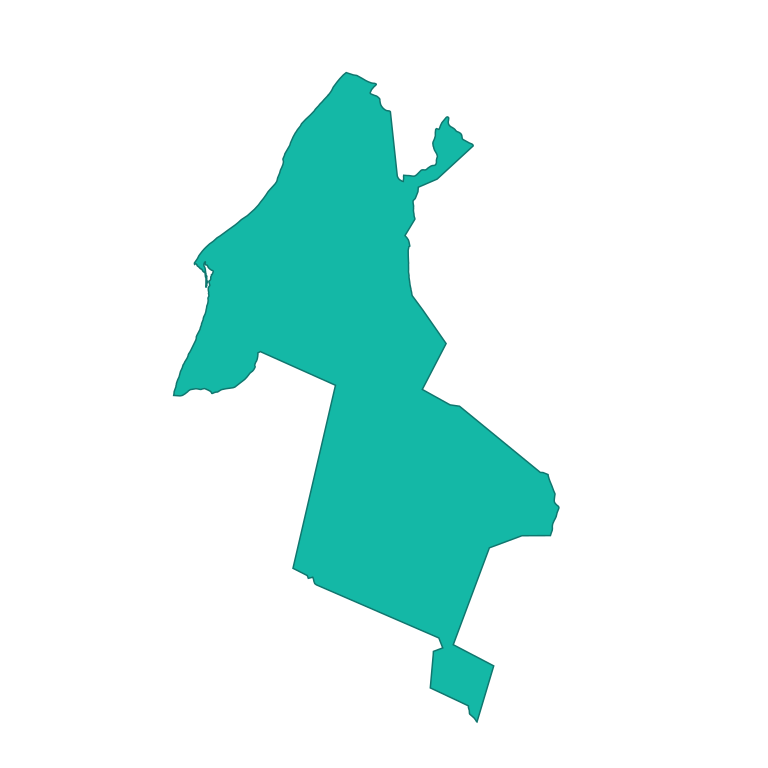 outline of Massinga, Inhambane, Mozambique, rotated 204°
{"feature_id": "85939544B96403406066950", "entity_name": "Massinga", "entity_type": "district", "adm_level": 2, "iso_a3": "MOZ", "parent_name": "Mozambique", "parent_adm1": "Inhambane", "projection": "natural_earth1", "projection_center": [35.191, -22.846], "detail": "fine", "context": "isolated", "style": "filled", "palette": "teal", "viewbox_px": 768, "rotation_deg": 204, "n_neighbors": 0, "source": "geoboundaries", "source_scale": "gbopen_adm2", "svg_char_len": 6111}
<svg xmlns="http://www.w3.org/2000/svg" viewBox="0 0 768 768"><g transform="rotate(204 384 384)"><path d="M378.7,467.4L394.2,476.2L395.4,477.8L395.5,478.1L396.3,479.3L397.5,480.8L398.4,482.3L398.7,482.5L399.1,483.3L399.3,483.4L400.9,485.7L401.6,487.0L401.8,487.1L402.1,487.8L404.6,491.7L405.3,493.4L407.2,496.3L408.3,499.0L410.3,503.3L410.7,504.5L411.3,505.5L414.0,511.0L416.3,516.0L417.1,519.6L416.5,520.5L418.9,523.9L420.2,525.4L422.5,526.9L425.2,528.1L422.8,547.0L423.2,547.9L424.0,548.7L424.8,549.7L425.4,550.7L425.7,551.4L426.9,553.1L427.6,554.4L427.8,554.6L428.3,556.2L429.0,557.6L429.3,558.6L431.0,561.1L431.9,563.0L431.7,564.1L431.0,565.8L430.9,566.7L431.2,573.5L432.7,577.7L418.8,592.8L399.4,637.7L399.6,638.2L400.2,638.7L401.2,639.0L404.1,638.9L411.2,639.5L412.0,639.8L412.5,640.3L413.9,642.5L414.2,642.6L414.3,642.9L414.7,643.4L416.0,644.1L418.1,644.4L420.3,644.3L421.8,644.8L422.5,645.3L424.1,645.8L426.1,646.1L427.7,646.2L429.2,646.7L430.6,647.5L431.8,649.2L432.2,650.4L432.2,650.7L432.7,652.2L432.7,652.5L433.2,653.5L434.2,653.9L434.7,653.8L435.3,653.3L435.6,652.8L437.4,646.3L437.5,643.2L437.3,640.5L437.4,639.0L437.7,638.8L439.8,638.7L440.2,638.1L440.3,637.5L439.4,634.6L438.0,631.5L437.6,628.3L437.6,625.1L437.3,623.8L435.8,621.3L435.1,620.7L434.5,619.8L433.0,618.2L430.2,616.2L429.0,615.2L427.8,613.6L427.6,613.0L427.6,611.9L427.2,609.9L426.8,608.9L426.4,608.2L426.1,607.4L426.0,605.8L426.2,605.1L426.5,604.6L427.2,604.0L427.8,603.7L428.7,603.2L429.9,602.0L431.6,599.3L432.4,597.5L433.0,596.6L434.3,595.9L435.4,595.6L436.3,595.1L436.4,594.8L436.7,594.7L437.1,594.1L438.6,590.1L439.4,588.1L440.6,586.4L441.0,586.1L442.2,585.6L445.8,584.6L447.8,583.8L450.9,582.7L450.4,581.2L449.7,580.0L449.0,577.2L448.8,576.9L449.9,576.6L450.6,576.7L452.9,577.0L453.7,577.3L455.2,578.2L456.4,579.3L488.9,635.3L489.7,635.6L490.1,635.6L492.6,634.9L494.0,634.8L496.1,635.3L497.5,635.8L499.3,636.8L500.7,637.9L502.3,640.0L502.6,640.6L502.8,640.7L503.5,642.2L504.0,642.8L505.1,643.3L507.0,643.9L508.6,644.0L509.8,643.8L513.0,643.7L514.2,643.7L514.7,643.9L515.1,644.4L515.1,647.8L514.1,651.3L513.1,653.5L512.9,654.4L513.0,654.7L513.3,654.9L514.4,654.9L515.3,654.7L516.3,654.3L517.9,653.9L521.4,653.7L524.1,653.8L528.3,654.3L534.3,654.8L537.6,653.9L545.2,653.1L546.9,649.7L548.5,645.1L549.6,641.2L551.1,634.6L551.2,631.4L551.4,629.6L552.3,625.3L552.5,625.4L552.9,623.7L554.4,619.5L555.2,616.8L556.5,613.4L557.0,611.1L557.2,610.8L558.5,607.0L558.8,605.0L559.5,603.1L560.8,599.5L563.2,593.9L565.2,588.2L565.3,585.7L566.5,581.2L566.8,578.8L567.1,577.6L567.5,573.0L567.5,566.3L567.2,564.4L567.2,563.2L568.2,554.1L567.9,552.1L567.9,549.0L567.8,548.3L566.2,546.1L565.6,543.4L565.5,540.0L565.6,537.6L565.1,534.1L565.0,529.0L564.5,526.6L564.4,525.2L564.9,522.4L567.2,515.5L568.1,512.6L568.7,508.8L569.6,504.4L570.7,500.3L571.5,496.5L573.4,490.9L577.3,482.2L581.2,476.1L583.0,472.0L584.5,469.0L588.8,461.7L594.1,452.4L596.0,449.6L598.0,445.0L600.3,441.1L602.0,437.2L603.1,434.4L604.0,431.5L604.8,428.2L605.3,425.8L605.4,422.8L606.4,417.5L606.0,416.5L605.6,416.3L605.5,416.9L605.2,417.1L604.2,417.2L603.7,417.0L602.9,416.2L602.4,415.9L601.2,415.7L598.5,414.6L597.4,414.7L596.9,414.5L595.2,413.3L594.2,413.0L593.2,412.9L592.5,412.4L590.8,409.4L589.6,408.1L587.2,402.6L586.4,400.4L586.1,400.1L585.7,400.4L586.0,401.1L585.9,402.0L586.1,402.5L586.8,403.3L586.9,403.8L586.6,404.2L586.5,404.7L586.8,405.7L587.1,406.2L587.4,406.2L587.5,405.9L587.8,406.3L588.5,407.3L588.6,407.9L589.2,408.9L589.6,410.3L590.2,410.8L591.2,411.4L591.4,412.2L592.0,413.0L592.4,413.2L592.6,414.0L593.1,414.2L593.2,414.5L593.3,415.2L594.4,416.8L595.1,417.6L596.2,418.4L597.1,419.5L597.3,420.3L597.4,422.3L597.1,422.6L597.0,422.8L596.9,422.9L596.7,422.7L596.4,421.5L596.2,421.0L595.5,420.3L594.0,420.6L593.5,420.4L591.9,419.0L590.3,418.3L587.9,417.8L586.3,417.9L585.7,417.3L585.5,414.5L585.7,414.1L586.0,413.9L586.1,413.6L585.7,412.8L585.8,411.2L585.2,410.1L584.9,408.8L585.0,408.1L585.2,407.6L585.5,407.3L585.6,406.8L584.8,405.3L583.6,403.8L583.3,403.4L583.2,402.8L583.5,402.1L583.6,400.9L583.5,400.1L583.3,399.6L582.8,398.4L581.3,396.2L581.1,395.1L580.4,394.4L579.7,393.0L579.8,391.8L579.8,390.9L578.6,388.8L577.9,386.5L577.7,385.0L577.6,383.1L577.0,381.2L576.7,379.5L576.2,377.7L575.9,375.4L576.0,371.9L575.8,370.5L575.4,369.3L575.2,364.8L574.8,363.7L574.7,361.1L574.3,359.0L574.7,352.7L574.7,350.9L574.0,349.2L573.8,347.4L574.2,336.1L574.4,333.7L574.7,332.4L574.7,331.2L574.4,329.7L574.4,327.4L575.0,323.2L575.0,321.2L575.3,319.8L575.2,319.0L574.9,316.6L575.0,312.6L574.1,307.1L574.2,304.1L573.9,300.2L573.5,299.2L573.4,298.1L573.0,297.0L572.6,291.7L571.8,289.4L571.5,288.0L565.5,290.2L563.9,291.3L563.2,292.0L562.3,293.4L562.0,293.7L560.2,297.1L559.8,298.3L558.6,300.1L553.9,303.2L551.9,303.8L549.6,304.3L548.7,304.8L547.9,305.6L546.2,306.8L545.5,306.9L542.1,306.9L539.6,306.7L538.5,306.2L537.5,305.4L536.9,305.6L536.4,306.1L535.5,307.3L535.2,307.3L534.6,308.0L532.8,309.0L532.2,309.8L530.7,312.1L529.7,313.1L526.5,315.4L520.4,319.2L519.0,320.5L513.0,331.8L512.0,334.7L510.9,339.3L509.6,341.9L509.4,342.1L508.8,344.2L508.6,346.7L508.8,347.5L509.5,348.2L509.7,348.5L510.0,350.0L510.0,352.2L509.8,353.2L510.0,355.5L510.7,358.3L511.1,359.2L511.1,359.5L511.9,361.0L510.2,363.3L427.8,363.1L392.2,178.6L376.2,177.8L374.1,175.7L370.5,178.5L370.2,178.3L370.0,178.0L369.0,177.0L367.9,175.4L366.1,173.5L364.5,173.1L363.5,173.0L230.6,174.3L223.0,166.8L230.1,159.8L228.9,156.7L218.1,125.2L176.0,124.3L175.3,122.8L174.5,121.8L173.4,120.6L171.8,117.6L171.2,117.2L166.0,115.6L163.6,114.3L162.1,113.2L161.6,113.1L169.1,171.1L214.7,174.0L221.1,277.2L196.3,301.5L170.3,313.2L170.6,315.6L170.8,318.7L171.2,320.1L172.4,322.6L172.8,324.1L173.0,325.0L173.0,328.7L172.8,330.7L172.8,332.9L173.5,336.7L173.7,341.0L173.8,342.0L174.5,342.9L175.2,343.3L176.6,343.6L178.0,344.1L179.9,345.1L180.2,345.4L180.9,346.4L181.3,347.3L182.4,350.8L182.9,352.7L183.2,353.3L185.5,355.4L189.1,359.1L193.1,362.9L194.8,364.7L196.7,367.0L197.3,368.0L202.7,367.8L205.3,366.8L306.0,394.4L315.2,391.8L346.8,394.6L343.7,446.2L378.7,467.4Z" fill="#14b8a6" stroke="#0f766e" stroke-width="1.5"/></g></svg>